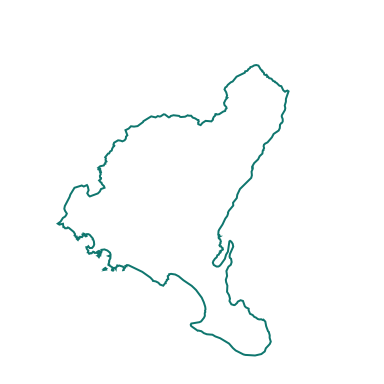 Banyuwangi, Jawa Timur, Indonesia (Mercator projection), rotated 17°
{"feature_id": "22746128B51270543903443", "entity_name": "Banyuwangi", "entity_type": "district", "adm_level": 2, "iso_a3": "IDN", "parent_name": "Indonesia", "parent_adm1": "Jawa Timur", "projection": "mercator", "projection_center": [114.187, -8.333], "detail": "fine", "context": "isolated", "style": "outline", "palette": "teal", "viewbox_px": 384, "rotation_deg": 17, "n_neighbors": 0, "source": "geoboundaries", "source_scale": "gbopen_adm2", "svg_char_len": 6047}
<svg xmlns="http://www.w3.org/2000/svg" viewBox="0 0 384 384"><g transform="rotate(17 192 192)"><path d="M254.9,67.5L253.6,67.1L252.0,68.3L251.8,68.0L251.9,68.7L251.5,68.9L249.5,68.0L246.5,64.7L244.5,64.8L240.9,62.9L239.3,62.7L239.1,62.2L236.8,62.0L235.7,60.9L234.3,60.4L232.5,60.6L231.4,59.7L230.3,59.9L230.3,59.1L229.1,58.2L228.8,58.7L226.7,58.5L225.8,56.9L223.8,56.1L223.8,55.4L222.0,54.8L218.6,51.7L216.3,51.8L214.4,52.8L212.9,54.5L211.3,55.5L211.2,56.6L209.8,58.4L209.8,59.3L209.1,60.3L207.6,61.0L207.6,62.5L200.9,68.7L198.6,74.4L197.0,75.8L194.9,79.1L194.3,81.2L193.3,82.3L193.1,84.4L195.6,86.7L197.4,89.6L197.2,91.5L197.5,92.0L198.1,91.9L197.2,93.8L196.6,97.4L197.6,99.3L200.0,100.8L200.6,101.9L199.9,103.1L200.0,104.8L198.4,105.9L195.2,109.7L192.7,110.8L192.3,110.4L191.6,110.7L191.7,112.5L190.9,113.7L190.6,115.9L190.9,116.7L189.9,118.8L184.2,120.0L181.8,122.9L180.7,125.5L178.2,125.3L177.5,123.6L177.9,122.7L177.1,121.3L176.3,121.5L173.5,120.7L170.9,120.6L168.9,119.3L166.5,120.0L165.5,119.9L163.4,122.0L159.6,123.5L158.7,123.6L157.4,123.0L151.9,124.0L149.5,125.5L148.7,127.0L147.9,127.4L143.5,125.8L142.2,126.0L139.9,128.8L139.1,129.3L137.1,129.4L135.4,131.3L130.9,131.6L124.8,138.5L124.7,139.5L120.7,144.9L117.5,146.4L114.4,147.0L112.9,149.9L110.3,152.3L113.6,156.7L112.7,158.3L113.1,160.4L112.4,162.3L110.6,163.9L108.5,163.8L106.2,164.2L103.1,167.6L103.0,169.5L104.0,170.3L103.6,170.7L104.0,171.1L103.4,172.0L103.0,173.9L103.1,175.8L101.8,177.3L101.5,179.3L100.5,179.8L98.8,184.2L99.8,184.9L99.9,186.6L101.3,187.9L100.4,189.0L100.9,190.3L100.2,190.8L99.9,192.4L96.7,194.2L95.3,196.3L96.1,196.6L96.0,197.3L97.4,196.7L97.7,197.5L97.4,198.3L98.4,198.5L99.1,199.6L98.3,200.0L99.5,201.5L99.2,203.6L100.0,205.2L100.9,205.2L101.1,205.7L100.9,206.7L99.8,208.1L101.9,209.5L102.7,209.5L103.6,210.8L106.2,212.2L107.1,213.5L104.1,215.8L103.7,218.5L102.4,220.9L95.6,226.1L94.1,225.5L92.2,223.8L92.6,220.5L90.7,217.2L89.5,216.1L86.9,218.4L84.7,218.0L78.4,222.3L76.4,230.1L76.4,232.5L74.5,242.6L74.8,245.4L76.1,247.1L78.6,249.2L78.5,250.5L77.9,252.5L76.1,254.6L75.0,258.7L72.9,261.5L74.0,261.8L74.8,261.4L75.0,261.8L77.9,260.1L79.3,263.2L80.1,263.0L81.3,263.8L83.0,263.2L83.6,262.2L84.9,262.4L90.5,264.7L92.5,266.5L92.4,267.9L93.6,268.2L93.9,268.8L94.7,268.4L95.2,269.5L96.9,268.7L97.9,269.1L98.0,267.6L100.0,267.3L100.5,266.0L99.7,264.7L100.4,264.3L100.3,263.5L101.6,263.6L102.4,265.1L103.4,265.5L104.1,264.9L103.2,263.6L103.6,263.1L105.3,262.6L106.7,262.9L110.8,265.5L110.9,266.4L111.6,266.6L112.6,267.9L113.8,270.7L113.7,272.5L112.8,274.7L110.5,275.5L108.7,274.2L108.3,275.1L107.1,275.7L108.0,277.1L110.1,278.5L110.0,280.1L110.5,280.0L111.5,281.1L112.2,281.0L112.6,280.2L113.9,280.0L114.9,278.0L116.1,278.1L116.6,278.7L117.9,278.3L118.7,277.2L119.2,277.9L119.8,277.7L120.1,276.3L119.8,276.0L120.3,275.5L121.3,275.9L121.1,276.7L121.9,277.5L121.8,278.3L121.2,278.7L122.3,279.0L122.0,278.4L122.6,278.2L122.2,277.3L122.9,276.6L122.8,274.8L122.3,273.8L125.1,272.5L128.2,272.7L131.3,274.0L132.4,275.6L133.3,279.2L132.8,282.3L133.3,282.9L133.2,285.3L133.9,285.5L133.6,286.2L138.3,287.5L138.2,290.1L138.8,290.4L139.6,290.2L139.8,289.7L139.0,287.7L140.7,287.0L141.5,287.7L141.2,286.4L141.8,286.0L142.0,284.1L143.1,284.3L143.8,283.6L147.8,283.6L149.7,285.0L150.2,283.6L149.9,282.3L150.9,282.1L150.6,281.6L151.1,280.9L152.9,280.6L167.8,282.9L177.2,286.0L180.3,287.8L180.6,288.4L183.5,288.1L186.4,288.6L188.5,289.9L191.9,290.0L192.9,287.2L193.5,286.9L193.1,285.9L193.9,283.9L193.6,283.2L194.8,282.2L193.4,279.6L194.4,278.0L194.2,277.3L195.9,276.4L200.1,275.8L203.9,276.5L209.6,278.9L219.1,281.8L224.5,284.5L232.2,290.2L235.6,294.1L238.2,297.9L239.2,300.2L239.2,301.9L239.8,302.8L239.6,304.1L240.5,306.7L240.2,308.8L238.6,313.0L237.2,314.3L229.8,318.0L229.6,319.4L230.5,320.5L238.1,323.0L238.6,322.6L241.7,322.4L244.6,323.5L247.8,323.7L253.3,322.5L256.5,323.3L261.7,323.6L271.7,326.1L276.8,329.3L280.1,330.8L288.7,332.3L290.6,332.2L300.1,329.9L305.7,326.7L308.2,323.2L308.3,319.9L310.8,314.7L311.1,312.1L308.9,308.8L308.2,306.3L306.3,303.3L305.5,303.0L302.2,298.7L300.0,294.5L297.7,293.2L297.3,293.7L295.4,293.5L293.5,294.2L291.9,294.2L289.9,293.4L288.0,293.2L286.0,291.9L283.1,291.5L280.7,288.5L280.3,287.0L277.4,286.6L275.9,285.8L272.6,281.3L270.1,281.3L267.8,283.5L267.6,284.8L266.1,287.4L265.3,287.9L262.5,287.9L259.7,285.3L259.5,282.9L257.6,279.8L254.7,277.2L253.2,271.2L251.0,268.2L250.0,266.0L250.1,262.0L248.0,257.5L248.7,252.8L250.4,250.2L250.4,247.4L248.9,244.5L247.5,243.9L246.8,242.8L246.4,240.3L247.4,232.2L246.1,229.7L244.1,228.0L242.7,227.6L242.2,228.3L243.8,238.6L242.9,242.0L243.0,246.3L240.8,252.9L239.9,254.7L238.9,255.6L237.2,256.1L234.1,255.4L232.6,253.6L232.6,251.8L233.5,249.0L234.7,247.2L234.7,245.1L235.9,244.1L236.0,242.5L236.9,241.7L237.0,240.8L236.2,240.4L238.4,238.0L237.6,236.6L236.9,236.6L235.6,235.4L234.6,235.7L233.8,234.9L234.3,232.5L233.9,232.1L234.1,230.9L232.8,229.1L231.2,228.5L230.7,227.5L231.4,226.7L230.7,226.9L230.3,225.9L231.5,224.8L230.0,225.6L229.6,225.2L228.8,221.6L229.0,220.0L230.7,214.1L231.6,207.7L232.7,204.7L232.8,201.8L232.4,201.1L232.8,199.0L235.4,192.9L234.4,190.2L236.6,184.7L236.1,181.4L237.0,175.1L244.5,161.2L244.4,158.5L243.0,155.1L243.3,151.9L243.0,151.0L242.5,151.4L242.1,150.3L243.0,146.2L245.7,141.4L246.2,138.0L248.1,134.7L247.6,131.9L248.1,131.0L247.8,130.8L248.0,129.8L248.4,129.8L248.0,129.8L248.1,128.9L247.1,127.3L247.0,125.7L247.8,124.3L249.7,122.5L252.4,116.4L253.1,112.6L256.9,107.9L257.3,105.3L256.5,102.0L257.2,100.0L257.9,99.4L258.1,97.8L257.4,95.7L255.8,93.7L255.5,92.3L256.9,86.5L256.7,84.5L255.4,82.2L255.4,78.3L254.6,75.5L254.9,67.5ZM132.6,291.3L131.7,290.2L130.9,291.2L131.9,290.9L131.2,292.0L132.6,291.3ZM122.1,280.9L121.1,280.5L120.9,280.8L122.0,281.5L122.1,280.9ZM96.9,271.2L97.1,270.1L96.1,270.8L96.9,271.2ZM121.9,279.6L121.2,279.6L120.5,280.4L121.1,280.4L121.9,279.6ZM149.5,286.6L149.1,285.4L149.1,286.8L149.5,286.6ZM131.7,277.7L131.7,277.0L130.9,277.6L131.7,277.7ZM131.6,290.1L131.8,289.3L131.1,290.2L131.6,290.1Z" fill="none" stroke="#0f766e" stroke-width="2"/></g></svg>